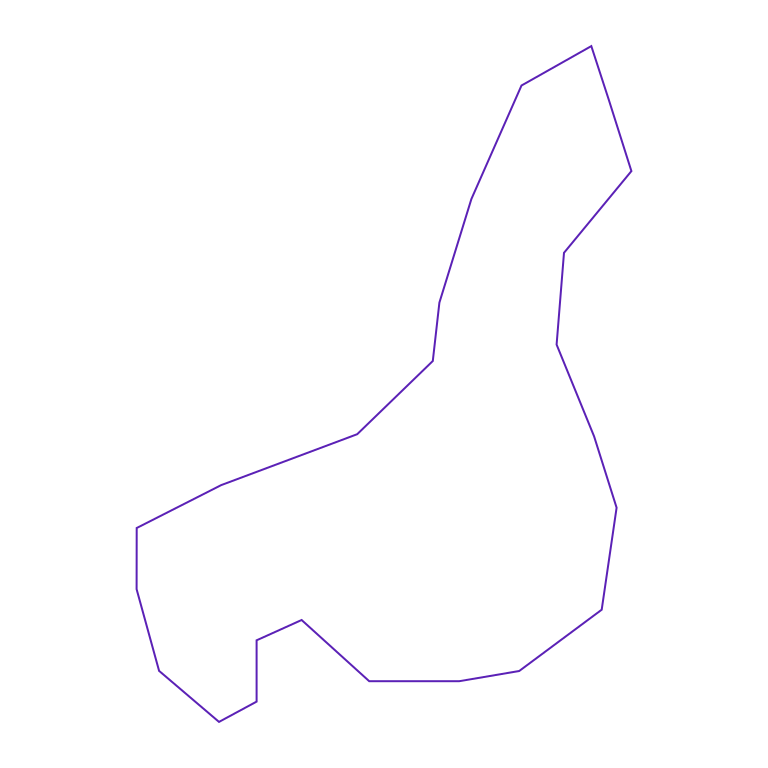 Obilić, orthographic projection
{"feature_id": "KOS-5900", "entity_name": "Obilić", "entity_type": "District", "adm_level": 1, "iso_a3": "XKX", "parent_name": "Kosovo", "parent_adm1": "", "projection": "orthographic", "projection_center": [21.04, 42.71], "detail": "fine", "context": "isolated", "style": "outline", "palette": "violet", "viewbox_px": 768, "rotation_deg": 0, "n_neighbors": 0, "source": "natural_earth", "source_scale": "10m", "svg_char_len": 423}
<svg xmlns="http://www.w3.org/2000/svg" viewBox="0 0 768 768"><path d="M591.3,46.1L608.8,99.8L631.4,171.1L564.0,252.8L556.6,344.6L594.1,436.4L616.6,507.7L601.7,609.7L519.2,671.0L459.2,681.2L369.2,681.2L301.6,620.0L256.6,640.3L256.6,701.6L219.0,721.9L159.1,670.9L136.6,589.2L136.7,528.0L221.2,485.1L357.2,434.2L432.8,361.0L439.4,302.6L471.4,199.0L521.5,85.5L591.3,46.1Z" fill="none" stroke="#5b21b6" stroke-width="2"/></svg>